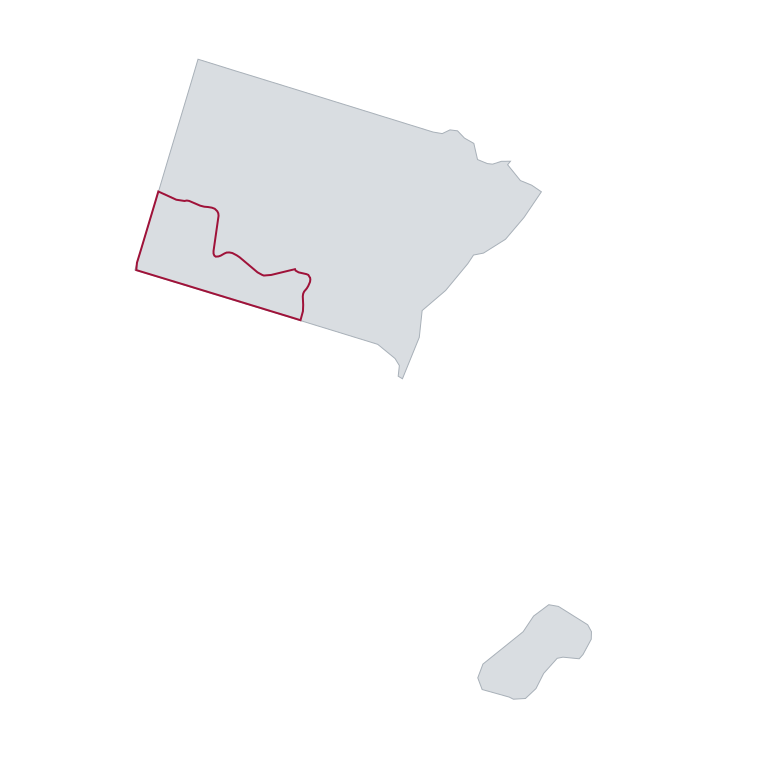 where Kié-Ntem sits in Equatorial Guinea, rotated 197°
{"feature_id": "GNQ-1469", "entity_name": "Kié-Ntem", "entity_type": "Province", "adm_level": 1, "iso_a3": "GNQ", "parent_name": "Equatorial Guinea", "parent_adm1": "", "projection": "orthographic", "projection_center": [10.81, 1.949], "detail": "fine", "context": "in_parent", "style": "outline", "palette": "rose", "viewbox_px": 768, "rotation_deg": 197, "n_neighbors": 0, "source": "natural_earth", "source_scale": "10m", "svg_char_len": 1681}
<svg xmlns="http://www.w3.org/2000/svg" viewBox="0 0 768 768"><g transform="rotate(197 384 384)"><path d="M655.5,420.2L655.7,463.8L655.9,500.7L656.2,540.6L656.4,582.2L656.6,617.4L656.8,640.2L618.2,640.0L567.0,639.9L515.9,639.7L464.7,639.5L439.0,639.4L410.7,639.3L401.5,640.5L395.2,646.3L387.7,647.6L379.0,642.7L368.4,640.3L365.5,635.2L360.2,626.0L349.7,625.0L344.4,626.0L336.8,631.3L328.2,634.0L329.9,629.8L313.0,618.4L300.9,617.3L289.7,613.8L298.8,584.2L310.1,558.0L327.1,538.3L336.1,533.5L339.0,523.7L352.4,491.5L369.0,465.4L363.9,438.9L367.9,394.4L372.7,395.6L373.5,399.8L374.7,406.1L380.9,411.6L401.6,420.1L463.2,420.2L499.9,420.2L554.2,420.2L611.8,420.2L655.5,420.2ZM168.1,120.4L172.7,121.2L200.8,120.5L208.4,130.4L207.5,145.1L178.5,187.8L173.1,205.8L161.9,221.1L152.2,222.3L118.8,213.3L113.2,207.8L111.2,200.5L114.6,183.5L117.0,178.3L133.0,175.1L138.2,172.3L146.7,153.9L149.6,137.2L156.8,124.6L168.1,120.4Z" fill="#d9dde1" stroke="#a8b0b8" stroke-width="1"/><path d="M482.5,420.6L485.3,420.6L541.6,420.6L597.9,420.6L654.2,420.5L655.7,427.8L655.7,442.9L656.0,492.2L656.1,502.1L636.5,499.5L628.3,500.7L626.2,501.8L623.9,502.1L611.9,500.8L607.7,501.0L604.0,501.8L600.2,502.3L597.1,502.1L594.0,500.5L592.4,498.8L591.4,496.5L585.9,461.3L585.1,458.8L583.8,457.2L582.2,456.6L579.6,457.6L577.7,459.0L574.7,462.2L572.9,463.7L570.3,464.6L567.3,464.9L562.5,464.0L559.2,463.0L537.6,453.8L532.4,452.7L530.6,452.6L523.8,455.3L502.7,467.8L501.7,466.6L498.3,465.8L490.3,466.4L488.3,466.2L486.2,464.3L485.8,464.1L485.0,462.4L484.6,460.0L485.1,455.6L485.8,452.8L487.4,449.1L487.7,446.8L487.3,444.1L484.4,436.0L482.8,429.9L482.5,420.6Z" fill="none" stroke="#9f1239" stroke-width="2"/></g></svg>